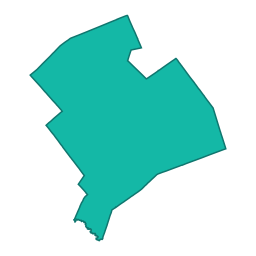 Saceni, Teleorman, Romania
{"feature_id": "2599482B67630674957093", "entity_name": "Saceni", "entity_type": "district", "adm_level": 2, "iso_a3": "ROU", "parent_name": "Romania", "parent_adm1": "Teleorman", "projection": "equal_earth", "projection_center": [25.054, 44.231], "detail": "fine", "context": "isolated", "style": "filled", "palette": "teal", "viewbox_px": 256, "rotation_deg": 0, "n_neighbors": 0, "source": "geoboundaries", "source_scale": "gbopen_adm2", "svg_char_len": 5148}
<svg xmlns="http://www.w3.org/2000/svg" viewBox="0 0 256 256"><path d="M225.8,148.8L225.3,147.1L223.1,140.2L222.2,137.3L221.3,134.7L220.5,132.0L220.0,130.6L213.3,108.7L213.1,108.0L208.2,101.5L207.1,100.1L206.6,99.4L204.7,96.8L203.9,95.5L203.4,95.0L201.7,92.7L199.6,89.8L198.3,88.3L196.6,85.9L196.3,85.4L195.3,84.2L194.1,82.4L193.2,81.3L192.4,80.2L192.2,80.1L191.7,79.4L189.9,77.1L186.3,72.2L185.5,71.1L184.5,69.7L184.0,69.1L183.8,68.7L182.5,67.1L181.8,66.0L181.4,65.6L180.2,63.9L179.1,62.6L177.6,60.3L176.4,58.9L176.0,58.5L175.8,58.5L173.6,60.1L171.3,61.6L170.4,62.3L167.9,64.0L162.1,68.1L161.7,68.4L159.2,70.2L158.8,70.4L158.3,70.4L158.2,70.5L158.1,70.9L158.0,71.0L157.6,71.3L154.9,73.2L146.6,78.8L146.3,78.8L146.2,78.8L142.5,75.1L132.9,65.8L128.0,61.0L127.9,60.9L127.6,60.8L129.3,55.3L131.1,50.0L139.6,48.2L140.7,48.0L141.4,47.8L139.9,44.2L137.9,39.7L137.8,39.4L137.8,38.9L137.6,38.7L136.5,36.2L134.9,32.4L132.8,28.0L132.0,26.1L131.1,24.1L129.7,20.9L127.7,15.9L127.5,15.6L127.2,15.4L125.4,16.0L119.0,18.5L117.3,19.2L117.4,19.3L115.4,20.1L111.9,21.5L98.8,26.9L88.7,31.0L87.3,31.6L74.5,36.7L73.5,37.1L72.7,37.4L70.7,38.2L70.3,38.4L68.1,40.1L67.0,40.8L66.0,41.5L64.7,42.4L61.0,45.2L60.0,46.0L55.3,50.9L54.4,51.9L53.5,52.7L52.3,53.9L50.2,56.2L42.3,64.0L40.5,65.9L39.1,67.3L37.1,69.4L30.2,75.1L30.7,75.7L31.8,77.0L41.0,87.1L44.7,91.5L45.9,92.7L46.0,92.8L48.3,95.5L48.7,95.9L49.9,97.3L50.3,97.7L51.4,99.0L52.8,100.6L56.1,104.1L56.4,104.6L58.1,106.4L61.2,110.0L62.2,111.4L61.6,111.8L60.9,112.3L59.2,113.8L56.3,116.3L55.7,116.8L53.7,118.5L50.7,121.3L48.9,122.7L47.2,124.3L46.1,125.3L47.6,127.1L50.4,130.7L50.9,131.4L52.5,133.4L53.9,135.0L55.5,137.3L57.9,140.4L58.6,141.4L60.8,144.5L62.3,146.3L63.0,147.5L65.6,150.9L66.1,151.6L69.0,155.4L69.6,156.2L70.0,156.8L71.1,158.1L71.9,159.2L73.5,161.2L77.5,166.5L78.9,168.2L80.0,169.8L81.3,171.6L83.6,174.7L84.3,175.5L78.3,184.3L80.4,186.4L84.2,190.6L86.0,192.7L86.0,193.0L87.5,194.6L85.3,196.5L84.6,197.3L83.7,198.7L83.4,199.2L83.0,200.4L82.3,201.8L81.9,202.2L81.4,203.1L81.2,203.5L80.9,204.4L80.4,205.3L80.2,205.8L79.9,206.6L79.6,207.5L77.5,212.2L76.9,213.7L76.2,215.2L75.1,217.9L74.8,218.4L74.8,218.6L74.5,219.2L74.4,219.4L74.3,219.5L74.2,219.6L74.1,219.8L73.9,219.8L73.9,220.0L74.1,220.1L74.6,220.2L74.8,220.5L74.9,220.8L75.1,221.0L75.0,221.5L74.8,221.8L74.9,222.0L75.0,222.0L75.5,221.5L75.7,221.1L75.7,220.8L75.8,220.6L76.1,220.2L76.6,219.9L76.6,219.7L76.4,219.3L76.4,219.2L76.5,219.2L76.9,219.2L77.3,219.7L77.4,219.9L77.5,220.0L77.8,220.0L78.0,219.9L78.3,219.7L78.6,219.5L79.0,219.8L79.4,220.2L79.5,220.3L80.2,220.3L80.6,220.4L81.0,220.3L81.3,220.4L81.3,220.5L81.3,221.3L81.5,221.5L82.1,221.3L82.2,221.2L82.4,221.0L82.7,221.0L83.2,221.1L83.5,221.4L83.8,221.4L84.0,221.6L83.9,222.3L84.0,222.4L84.1,222.5L84.5,222.4L85.0,222.3L85.3,222.4L85.3,222.5L85.2,223.0L85.8,223.6L85.9,223.8L85.5,224.2L85.3,224.4L85.3,224.5L85.7,225.1L85.8,225.2L86.0,225.4L86.1,225.8L86.0,226.2L85.9,226.3L85.8,226.5L86.4,227.3L86.9,227.7L87.5,227.6L87.8,227.7L87.8,228.0L87.5,228.4L87.5,228.6L87.4,228.8L87.5,229.0L87.9,229.0L88.1,228.8L88.3,228.5L88.5,228.4L88.8,228.5L88.9,228.8L88.8,229.3L89.2,229.4L89.5,229.0L90.2,229.1L90.3,228.8L90.6,228.8L90.9,229.5L91.3,229.7L91.3,229.9L91.3,230.0L91.0,230.2L91.0,230.7L90.9,231.1L90.8,231.4L90.3,231.5L90.2,231.6L90.2,231.9L90.3,232.0L90.8,232.1L91.1,232.1L91.3,232.2L91.2,232.4L90.9,232.7L90.9,232.8L91.0,232.9L91.1,233.0L91.3,233.0L91.7,233.0L92.0,232.9L92.2,233.0L92.3,233.1L92.4,233.5L92.6,233.7L93.0,233.8L93.1,233.7L93.4,233.4L93.5,233.4L94.1,233.7L94.6,233.7L94.8,233.4L95.0,233.4L95.2,233.5L95.4,233.9L95.5,234.1L95.5,234.4L95.2,234.6L95.0,235.1L95.1,235.3L95.3,235.4L95.8,235.2L96.0,235.2L96.1,235.3L96.0,235.7L96.0,235.8L96.2,236.0L96.8,235.9L97.5,236.1L97.6,236.5L97.7,236.8L98.0,236.8L97.9,237.6L97.8,237.8L97.7,237.9L97.2,237.9L96.8,238.1L96.3,238.1L96.1,238.2L96.1,238.3L96.2,238.7L96.1,239.0L96.2,239.3L96.4,239.5L96.9,239.7L97.5,239.8L97.9,240.1L98.4,240.1L98.6,240.2L98.9,240.5L99.0,240.6L99.4,240.6L99.5,240.6L99.7,240.3L99.8,239.8L100.2,239.4L100.5,239.2L100.9,239.2L101.4,239.3L102.0,239.4L102.3,239.4L102.5,239.1L102.4,238.5L102.5,238.4L102.8,238.3L102.9,237.1L103.0,236.7L103.2,236.1L103.3,235.9L103.4,235.6L103.9,234.3L104.1,233.7L104.5,232.7L105.3,230.2L105.6,229.4L106.5,226.8L107.2,224.8L107.5,223.5L107.8,222.9L107.9,222.4L108.0,222.0L108.9,219.3L109.1,218.7L109.6,217.0L110.1,215.4L110.5,214.4L110.7,213.9L111.0,213.2L111.4,212.0L111.6,211.1L111.7,210.7L111.8,210.2L112.2,209.7L112.9,209.3L113.3,209.0L115.4,207.6L115.6,207.3L115.7,207.5L120.5,204.0L123.5,202.0L124.0,201.7L124.9,201.0L127.5,199.2L128.6,198.4L129.1,198.1L130.9,196.7L132.0,196.0L132.7,195.6L134.0,194.6L137.2,192.4L138.1,191.8L140.5,190.0L141.6,189.1L142.2,188.6L145.0,185.7L145.7,185.2L147.2,183.7L147.5,183.4L147.7,183.0L148.2,182.7L148.3,182.6L149.0,182.0L150.3,180.8L151.6,179.5L153.9,177.4L155.7,175.7L156.7,174.7L157.2,174.4L157.9,174.0L162.9,172.1L163.9,171.8L165.0,171.4L165.7,171.2L169.9,169.6L175.5,167.5L179.9,165.9L180.0,165.8L181.3,165.3L182.2,165.2L186.3,163.5L201.5,157.9L210.3,154.5L218.4,151.5L222.9,149.8L225.8,148.8Z" fill="#14b8a6" stroke="#0f766e" stroke-width="1.5"/></svg>